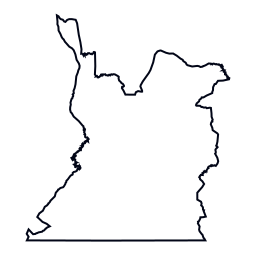 Kasongo, Maniema, Democratic Republic of the Congo
{"feature_id": "63176286B88012685356826", "entity_name": "Kasongo", "entity_type": "district", "adm_level": 2, "iso_a3": "COD", "parent_name": "Democratic Republic of the Congo", "parent_adm1": "Maniema", "projection": "orthographic", "projection_center": [26.428, -4.177], "detail": "fine", "context": "isolated", "style": "outline", "palette": "ink", "viewbox_px": 256, "rotation_deg": 0, "n_neighbors": 0, "source": "geoboundaries", "source_scale": "gbopen_adm2", "svg_char_len": 5653}
<svg xmlns="http://www.w3.org/2000/svg" viewBox="0 0 256 256"><path d="M229.0,79.3L229.3,78.1L228.2,77.5L227.6,78.1L227.7,77.1L227.3,77.2L227.3,76.2L226.7,75.9L226.3,74.6L226.0,74.5L225.7,74.7L225.0,74.4L225.0,73.8L225.5,73.5L225.6,73.0L224.9,72.5L225.1,72.2L224.2,71.9L224.6,70.8L223.7,71.1L223.7,70.0L222.9,70.1L223.3,69.8L222.8,68.3L221.7,67.7L222.1,67.3L221.4,66.7L222.1,66.5L221.8,66.2L222.4,66.0L221.7,64.8L220.7,65.2L220.0,65.1L219.0,64.4L218.7,64.8L216.4,64.1L216.3,64.3L215.5,64.3L213.8,63.6L213.0,63.7L212.4,64.4L211.6,63.9L211.0,64.2L210.7,63.6L208.6,63.5L205.7,65.2L203.8,66.0L203.3,66.0L202.7,66.6L200.5,67.0L199.0,66.2L197.3,65.9L192.2,66.5L187.5,65.2L186.6,64.5L185.7,62.7L183.3,61.1L182.7,59.8L180.5,58.6L176.8,55.7L173.1,53.5L169.3,53.6L166.1,52.8L160.8,50.5L159.8,50.6L157.5,51.4L154.9,54.6L153.2,62.4L150.5,69.9L148.8,73.0L142.8,81.4L140.7,85.2L140.4,86.5L142.1,90.6L142.1,91.6L141.3,91.7L138.1,91.1L135.9,92.2L135.0,94.7L125.4,94.6L123.5,90.6L121.9,88.1L122.1,86.9L123.0,86.9L123.9,86.2L123.9,85.5L122.7,83.7L121.5,83.2L120.8,82.1L119.1,80.5L118.6,78.5L118.7,76.7L117.8,76.0L114.9,74.4L113.5,74.2L112.4,74.7L111.8,74.3L111.2,74.7L110.5,74.6L110.1,75.3L109.6,74.9L109.1,75.1L108.9,74.9L108.0,75.6L107.7,75.3L105.9,75.2L105.3,74.3L103.6,74.6L103.2,74.4L102.9,74.9L102.8,74.6L102.1,74.8L101.9,74.6L101.3,75.5L100.9,75.2L100.8,75.8L100.2,75.9L99.5,76.9L98.1,77.5L97.8,77.4L98.0,76.9L97.4,76.8L97.0,76.0L95.8,76.4L96.0,75.9L94.9,74.5L95.3,66.2L95.0,52.4L94.7,52.1L94.2,52.4L93.7,52.2L93.4,53.2L92.1,54.2L91.7,53.7L90.7,54.0L89.1,53.1L87.8,53.3L87.5,54.2L86.6,54.0L86.6,53.6L86.5,54.2L85.3,53.7L85.4,54.3L84.9,54.2L85.2,54.7L84.4,54.6L84.5,55.3L83.9,54.6L84.0,54.2L83.4,54.5L83.3,54.9L83.0,54.2L82.4,54.2L81.6,53.2L81.2,53.4L81.5,49.3L80.4,42.3L78.8,34.9L77.1,23.3L75.7,19.8L71.7,19.1L69.3,19.1L67.2,19.9L65.4,21.9L64.2,21.5L62.8,19.7L60.9,19.2L59.7,18.2L58.5,16.3L56.9,15.4L57.5,21.7L57.4,24.3L58.4,26.7L58.6,30.6L60.5,34.1L61.6,36.9L62.7,38.6L63.6,39.3L64.9,41.7L69.3,46.7L72.0,48.3L73.7,50.2L75.4,54.4L76.6,59.8L78.9,63.5L79.6,65.8L79.4,68.1L78.3,70.4L77.8,72.5L76.3,76.3L75.5,84.3L74.6,88.2L73.5,90.9L73.8,93.2L72.7,94.4L73.2,95.1L73.1,96.4L72.6,96.9L72.3,98.4L71.7,98.7L71.4,99.4L70.5,102.6L70.8,104.6L70.2,107.1L70.1,109.7L70.8,112.3L71.8,113.2L73.7,116.6L78.8,121.1L82.6,125.6L83.4,126.2L83.6,127.8L84.6,128.6L85.0,129.4L84.8,130.2L84.1,129.4L83.8,129.4L83.6,130.0L84.5,131.3L84.1,132.2L84.9,133.7L84.5,134.4L85.2,134.7L85.1,136.9L86.3,137.7L87.3,137.4L88.6,139.0L87.2,139.9L87.2,140.2L87.5,140.1L87.9,140.5L88.0,141.2L87.6,140.8L86.9,140.9L87.1,141.1L86.7,141.5L85.0,141.5L84.7,141.8L85.2,142.7L85.0,143.2L83.8,143.5L83.1,144.5L82.7,144.5L82.5,143.6L82.2,143.9L82.1,144.2L82.4,144.6L83.1,144.9L83.1,145.6L82.7,145.7L83.0,145.8L82.9,146.2L82.7,146.4L82.6,146.0L81.8,146.5L81.6,147.0L82.0,147.3L81.9,147.4L81.7,147.2L81.1,147.5L80.6,148.4L80.0,148.0L79.5,148.8L80.2,149.3L81.0,149.0L80.9,150.2L79.9,150.2L79.0,150.9L77.7,151.3L77.6,152.2L76.6,152.3L76.3,152.8L74.2,154.2L74.5,156.2L75.2,155.4L75.8,155.5L75.8,155.9L74.4,157.2L73.6,157.0L73.3,156.0L72.8,157.2L71.4,157.9L71.8,158.6L72.0,158.3L72.4,158.6L72.5,159.2L72.9,159.1L72.9,159.7L73.6,159.5L73.6,158.9L73.9,159.2L74.4,158.7L74.2,159.2L74.5,159.0L74.8,159.2L74.5,159.4L75.2,160.2L75.3,161.6L76.2,162.1L75.3,162.1L75.3,162.9L76.4,163.0L75.9,163.9L74.0,164.5L75.3,165.8L75.1,166.9L75.5,167.1L76.1,166.7L75.8,166.5L76.0,166.1L76.3,166.2L76.3,165.7L78.7,166.0L78.9,165.8L78.9,166.1L79.5,166.2L79.3,166.5L79.7,166.4L79.8,167.1L80.2,167.1L80.5,167.9L80.2,168.6L79.5,168.5L79.2,169.4L77.6,168.7L76.8,170.8L75.4,171.6L73.7,172.0L72.7,172.9L72.7,174.3L72.5,174.7L71.0,175.3L70.1,176.2L67.8,179.4L66.4,180.8L66.2,182.2L65.6,182.8L65.3,184.0L64.0,186.2L63.2,187.2L60.4,188.0L58.8,189.4L58.1,189.6L57.9,190.3L55.8,192.7L54.8,196.4L50.3,200.9L50.2,201.5L48.9,203.1L48.3,203.4L48.2,204.1L47.5,204.6L47.3,205.2L44.8,206.8L42.9,210.7L39.3,213.4L37.3,217.0L42.5,221.9L46.7,223.8L49.8,226.3L47.1,227.5L46.1,228.5L45.7,228.5L44.5,230.0L43.8,230.6L42.9,230.8L42.1,231.7L38.5,232.4L37.2,233.1L36.3,233.2L35.5,233.9L33.1,234.2L28.6,229.4L26.7,233.8L28.6,236.8L26.9,240.4L104.1,240.6L205.3,240.4L204.3,238.6L203.5,237.8L202.4,234.6L201.8,234.2L199.6,231.3L199.1,229.7L199.6,226.4L197.9,223.4L198.2,222.8L198.0,221.7L198.6,221.5L199.2,220.7L200.2,218.6L200.4,217.3L203.1,217.2L205.8,216.6L203.7,211.2L204.0,210.3L203.4,210.2L203.0,209.5L202.9,207.3L201.8,205.8L201.2,205.4L201.6,203.3L201.0,201.7L197.3,199.6L197.3,192.7L202.2,187.1L204.1,184.0L202.4,181.3L200.1,179.3L200.0,178.3L199.2,177.2L199.8,176.6L199.9,175.9L200.7,175.3L200.8,174.9L202.5,175.0L202.3,174.5L202.6,174.4L202.5,173.6L202.8,173.5L202.6,173.0L203.7,172.7L203.8,171.6L204.9,171.8L205.0,171.3L205.4,171.6L205.4,171.2L205.9,171.2L206.0,170.9L206.0,171.5L206.5,171.5L206.4,170.9L206.7,170.1L207.8,168.4L208.4,168.2L208.1,167.4L208.4,167.2L208.6,166.7L209.8,166.1L210.8,166.2L210.9,165.5L211.7,165.7L212.0,165.1L212.4,165.3L212.5,165.8L214.1,165.4L214.1,165.6L215.0,165.5L215.8,165.9L217.5,163.5L218.2,161.2L217.3,157.7L215.1,153.7L215.7,153.0L215.8,152.0L215.4,149.9L215.6,149.3L217.6,147.2L217.3,146.6L216.6,146.5L216.2,145.6L216.7,144.8L217.4,141.8L218.1,134.5L217.4,133.4L212.7,130.2L212.3,127.8L210.8,124.3L211.3,122.3L212.4,121.6L212.1,120.7L212.7,119.8L211.6,116.8L211.5,113.3L210.9,107.9L209.7,107.7L206.8,108.2L205.8,107.4L203.9,107.6L202.1,106.9L201.4,107.0L200.1,105.8L196.4,105.7L196.0,105.1L196.7,103.4L199.1,101.3L199.4,99.9L201.4,98.3L201.7,97.4L203.5,97.4L206.7,95.5L212.2,93.1L212.3,91.8L213.0,90.2L213.1,87.2L214.6,84.1L215.8,84.0L218.0,80.8L223.0,80.6L229.0,79.3Z" fill="none" stroke="#020617" stroke-width="2"/></svg>